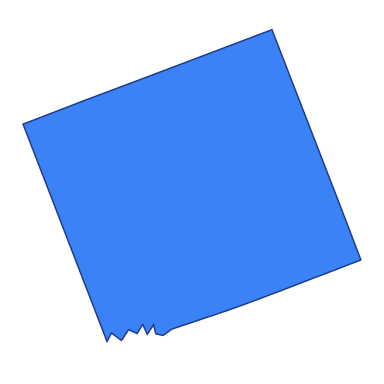 Warren, Iowa, United States of America, rotated 159°
{"feature_id": "52423323B43281818632829", "entity_name": "Warren", "entity_type": "district", "adm_level": 2, "iso_a3": "USA", "parent_name": "United States of America", "parent_adm1": "Iowa", "projection": "robinson", "projection_center": [-93.528, 41.336], "detail": "fine", "context": "isolated", "style": "filled", "palette": "blue", "viewbox_px": 384, "rotation_deg": 159, "n_neighbors": 0, "source": "geoboundaries", "source_scale": "gbopen_adm2", "svg_char_len": 458}
<svg xmlns="http://www.w3.org/2000/svg" viewBox="0 0 384 384"><g transform="rotate(159 192 192)"><path d="M325.4,315.9L324.9,82.9L317.7,89.2L311.0,78.7L300.5,86.2L294.0,79.6L285.5,86.0L284.7,75.2L275.4,81.9L276.6,72.6L270.5,68.5L259.9,71.2L200.6,68.7L181.5,68.3L142.6,68.0L134.3,68.0L111.9,68.1L92.4,68.0L58.7,68.1L58.6,91.0L58.6,129.3L58.8,191.4L59.2,314.9L192.9,315.5L259.7,316.0L325.4,315.9Z" fill="#3b82f6" stroke="#1e3a8a" stroke-width="1.5"/></g></svg>